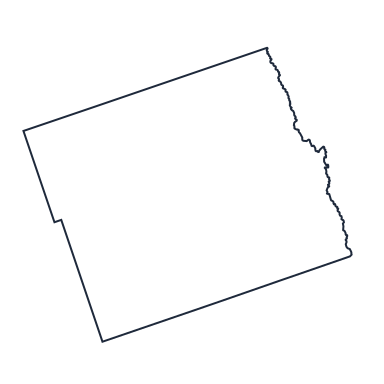 Cass, North Dakota, United States of America (Robinson projection), rotated 341°
{"feature_id": "52423323B23065259017698", "entity_name": "Cass", "entity_type": "district", "adm_level": 2, "iso_a3": "USA", "parent_name": "United States of America", "parent_adm1": "North Dakota", "projection": "robinson", "projection_center": [-96.825, 46.935], "detail": "fine", "context": "isolated", "style": "outline", "palette": "slate", "viewbox_px": 384, "rotation_deg": 341, "n_neighbors": 0, "source": "geoboundaries", "source_scale": "gbopen_adm2", "svg_char_len": 3796}
<svg xmlns="http://www.w3.org/2000/svg" viewBox="0 0 384 384"><g transform="rotate(341 192 192)"><path d="M58.6,304.4L170.5,304.6L177.7,304.6L245.2,304.4L251.1,304.4L320.4,304.3L322.5,303.2L322.7,301.9L323.0,301.0L323.0,300.1L322.6,297.3L320.8,295.8L320.2,294.0L320.4,291.4L321.7,289.9L322.1,288.8L321.7,287.8L321.8,287.1L322.0,286.9L323.1,286.5L323.5,286.0L323.4,285.3L324.5,284.1L324.6,283.4L324.3,283.1L323.7,282.9L323.5,281.8L323.8,281.2L323.8,280.1L323.5,278.4L322.6,277.5L322.5,277.2L324.0,273.8L324.2,272.5L324.4,271.0L325.8,270.1L326.0,268.4L325.8,267.8L325.3,267.5L324.5,266.4L325.3,264.8L325.4,263.5L324.4,262.7L324.2,261.5L324.4,260.6L324.8,260.0L324.7,259.0L323.6,257.6L323.6,257.0L324.0,256.1L324.4,255.9L324.7,255.5L324.1,254.8L324.1,254.2L324.5,253.9L324.5,253.6L324.3,253.2L323.2,252.3L323.1,251.5L323.4,250.4L323.2,249.9L322.2,249.7L322.1,248.8L322.5,247.7L322.4,247.0L321.9,246.2L321.4,245.7L321.0,245.4L320.8,244.8L321.1,238.8L320.9,238.5L319.4,237.8L319.1,237.4L319.3,237.1L319.8,236.7L320.1,236.0L319.9,234.9L319.8,234.4L320.5,233.4L322.4,231.4L323.0,231.6L323.5,231.4L323.6,231.0L322.9,229.8L323.0,229.4L324.2,229.1L324.7,228.4L324.8,227.9L324.6,227.3L324.6,226.8L324.8,226.6L325.7,226.5L326.0,226.1L326.0,225.6L325.7,224.9L325.9,224.2L326.4,223.4L326.4,223.0L326.1,222.6L325.5,222.4L325.2,222.0L325.2,220.8L325.4,220.4L325.5,219.9L325.4,219.4L324.9,218.6L324.9,217.8L325.6,216.9L326.0,214.9L326.0,213.7L325.7,213.2L325.4,212.4L325.7,212.1L327.1,212.5L328.4,213.1L328.8,213.1L329.2,212.3L329.5,210.8L329.3,210.4L328.8,210.4L328.2,210.7L327.7,210.4L326.8,206.4L327.7,203.5L328.6,202.3L329.5,202.9L330.0,202.9L330.6,201.3L330.5,200.2L330.8,198.6L331.9,198.1L331.9,197.6L331.6,197.2L331.4,197.1L331.3,196.6L331.4,196.0L331.8,195.3L331.2,194.7L331.1,194.3L331.1,194.0L331.6,193.0L331.6,192.5L331.2,192.0L330.7,191.9L327.2,193.4L325.7,194.4L324.9,195.4L324.3,195.3L323.8,194.1L322.7,193.9L322.3,193.3L322.4,192.1L322.8,190.9L322.4,188.4L322.0,187.8L320.5,187.7L320.1,187.3L320.2,185.2L320.0,184.7L319.9,182.9L320.2,181.8L320.1,181.1L319.5,180.5L319.0,180.5L317.0,181.2L314.1,179.9L313.4,179.2L313.3,178.6L313.9,176.4L314.0,176.3L313.2,171.5L312.6,170.4L312.6,169.3L313.0,168.6L313.0,167.9L312.1,167.2L311.7,167.3L310.5,166.3L309.7,165.4L309.6,165.0L309.7,164.6L310.0,164.2L310.3,162.3L310.1,162.0L311.1,160.0L312.1,159.3L314.1,158.7L314.5,158.1L314.4,157.6L313.6,156.8L313.5,156.3L313.5,155.8L314.3,155.3L314.4,154.8L314.3,154.0L313.8,153.3L313.7,152.6L314.3,150.5L314.1,148.4L313.2,147.3L312.6,145.9L312.7,145.2L313.3,145.0L313.6,144.7L313.4,144.2L312.9,143.6L312.7,141.8L312.9,141.4L313.6,140.9L313.7,140.7L313.5,139.7L314.1,139.1L314.2,138.0L313.9,137.6L313.8,137.0L314.2,135.6L313.8,134.8L313.9,134.2L314.4,133.5L314.4,131.8L314.0,131.3L314.0,130.7L314.5,129.5L314.5,128.8L314.3,128.4L313.5,127.9L313.2,127.5L313.3,126.7L313.8,125.9L313.6,125.2L311.8,123.6L311.7,123.1L312.0,122.6L312.3,122.4L312.5,121.8L312.6,121.0L311.7,120.1L311.4,119.4L311.7,118.2L311.7,117.5L311.4,116.3L310.5,115.5L310.3,114.9L311.0,113.7L311.0,113.1L310.7,112.8L310.6,112.4L310.6,112.2L311.6,111.1L313.1,110.3L313.2,110.0L313.1,109.7L312.6,109.2L312.7,108.5L313.2,107.9L313.3,107.0L312.6,106.3L312.7,104.9L312.4,104.3L311.1,103.4L311.0,102.9L311.2,102.5L311.9,101.4L312.0,100.9L311.9,100.5L311.5,100.0L310.9,99.8L310.6,99.4L310.3,98.7L310.3,98.4L310.7,97.5L310.6,97.1L310.1,96.5L309.0,96.0L308.6,95.5L308.4,94.9L308.5,94.3L308.7,93.7L310.2,92.7L310.4,92.3L310.0,91.7L309.5,91.4L309.4,91.0L309.9,90.3L310.0,89.9L309.9,89.4L309.1,88.2L309.3,87.0L309.2,86.4L308.5,86.0L308.3,85.3L308.4,84.9L309.3,84.3L309.3,84.1L308.8,83.3L308.8,82.4L309.2,81.6L310.0,81.2L310.2,80.8L310.1,80.3L309.9,80.1L127.6,79.7L52.5,79.4L52.1,175.8L59.3,175.8L58.6,304.4Z" fill="none" stroke="#1e293b" stroke-width="2"/></g></svg>